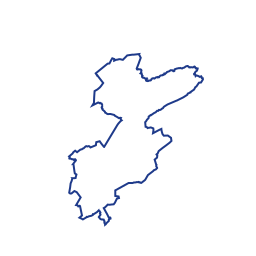 Svariņu pag., Dagdas, Latvia (Natural Earth projection), rotated 145°
{"feature_id": "27541924B20848799608576", "entity_name": "Svariņu pag.", "entity_type": "district", "adm_level": 2, "iso_a3": "LVA", "parent_name": "Latvia", "parent_adm1": "Dagdas", "projection": "natural_earth1", "projection_center": [27.7, 56.101], "detail": "fine", "context": "isolated", "style": "outline", "palette": "blue", "viewbox_px": 256, "rotation_deg": 145, "n_neighbors": 0, "source": "geoboundaries", "source_scale": "gbopen_adm2", "svg_char_len": 5610}
<svg xmlns="http://www.w3.org/2000/svg" viewBox="0 0 256 256"><g transform="rotate(145 128 128)"><path d="M202.0,61.9L201.5,61.9L200.3,62.4L197.0,62.9L196.3,63.9L195.1,64.0L194.3,63.8L194.0,64.3L193.9,64.8L194.0,65.0L195.1,65.5L195.0,66.4L194.6,68.8L194.4,70.5L194.3,71.7L193.8,76.3L192.2,76.2L189.8,76.6L188.6,76.9L187.9,76.3L186.6,75.4L185.4,74.8L183.5,73.7L181.6,74.3L177.6,76.5L175.6,75.8L175.0,77.3L177.4,79.6L174.2,84.2L159.0,82.6L157.2,81.3L157.0,81.2L156.3,80.6L155.5,80.2L154.7,80.1L152.7,78.9L152.1,78.8L151.0,78.0L150.4,77.8L150.4,77.5L150.0,77.4L149.3,76.6L149.3,76.4L149.4,76.2L148.6,75.4L144.4,75.6L143.6,75.7L138.7,78.0L131.9,78.3L131.2,78.6L128.9,78.1L127.1,78.5L126.9,78.9L126.9,80.3L126.6,80.8L125.8,81.5L125.9,82.0L125.7,82.5L124.3,86.8L121.2,87.1L119.8,88.6L119.8,90.0L119.0,90.1L118.5,90.0L116.1,91.5L111.3,91.8L107.0,91.9L102.2,92.1L99.8,92.5L98.4,95.3L99.7,99.0L103.1,101.2L103.2,103.0L103.1,103.6L102.3,105.9L101.6,107.4L101.2,108.1L103.4,108.5L110.5,109.4L108.3,111.7L107.5,113.2L109.0,115.4L110.0,115.8L111.3,116.5L112.0,116.7L112.0,117.1L112.1,118.0L112.9,118.9L110.6,122.9L109.6,123.1L109.0,123.3L107.7,123.9L105.5,124.3L104.9,124.9L104.7,125.3L104.5,125.5L102.3,125.6L102.1,125.6L102.0,125.3L97.9,125.3L96.4,125.0L94.3,125.4L93.3,124.7L92.3,125.1L91.4,124.4L91.1,124.3L90.6,124.3L90.0,124.2L89.1,124.4L88.8,124.3L88.0,124.2L87.1,124.6L86.2,124.8L82.1,124.6L72.6,122.6L72.0,122.4L70.4,122.2L65.2,121.4L60.4,121.2L59.3,121.9L56.5,121.3L56.4,121.6L51.8,121.6L49.5,122.8L48.1,122.8L43.9,124.4L42.1,123.4L38.8,124.8L38.6,125.1L38.2,125.9L38.9,126.5L38.8,127.6L38.4,127.8L38.4,128.3L38.5,128.3L39.3,128.7L39.7,128.8L39.8,128.8L39.8,129.0L40.1,129.2L40.8,130.6L41.8,131.8L42.0,131.9L42.8,131.8L42.3,133.0L42.7,133.6L43.1,133.9L43.1,134.0L42.9,134.4L41.9,134.4L41.7,134.8L40.6,135.3L40.1,135.4L38.7,135.4L37.6,136.1L36.8,136.8L37.7,137.7L38.2,137.8L38.3,138.4L38.2,138.5L38.3,138.6L38.1,139.7L38.6,140.1L38.6,140.3L39.7,140.3L40.1,140.4L40.4,140.6L40.9,141.2L41.7,141.7L42.5,142.0L42.9,142.4L42.7,142.6L42.9,142.8L43.1,142.9L43.2,143.5L43.4,143.7L43.4,144.1L43.4,144.3L43.5,144.5L43.9,144.8L45.4,145.3L47.0,145.2L47.3,145.2L48.5,145.7L49.5,145.7L49.9,146.2L50.2,146.4L50.5,146.9L50.7,147.2L51.3,147.3L52.0,147.9L52.6,148.1L53.9,148.7L56.1,149.3L56.8,148.9L57.0,148.4L57.2,148.2L57.8,148.2L58.3,148.5L58.4,148.8L58.3,149.1L58.7,150.0L59.2,150.3L60.0,150.9L60.3,150.9L61.3,150.8L62.4,151.0L62.9,151.2L63.9,151.5L64.2,151.4L64.8,151.2L65.7,151.2L67.1,150.9L67.7,151.1L67.8,151.2L67.7,151.5L68.4,151.2L68.6,151.2L68.8,151.3L69.1,151.6L69.5,151.4L70.9,152.2L71.4,152.3L72.6,152.2L73.3,151.8L73.7,152.2L74.6,152.2L74.9,152.6L74.8,152.9L76.1,153.4L77.9,153.3L78.5,154.1L78.8,154.1L79.2,154.5L79.8,154.7L80.4,154.5L81.0,154.5L81.5,154.1L82.2,154.0L83.4,154.7L84.6,154.9L85.3,155.4L85.6,155.7L86.0,156.5L85.8,156.9L84.8,157.2L84.3,157.2L84.4,157.6L84.2,157.8L85.4,158.6L85.9,159.1L85.9,159.4L86.0,159.9L86.9,160.6L87.2,161.3L87.2,161.6L87.1,162.0L86.6,162.4L86.2,162.4L86.1,162.5L86.3,162.9L86.3,163.2L85.9,163.9L85.8,164.5L86.4,165.5L85.9,165.6L85.6,165.3L85.4,165.3L85.3,166.2L83.9,167.5L83.8,168.2L84.1,168.8L84.4,168.9L84.6,169.3L85.6,169.9L85.8,170.4L86.0,170.5L86.7,170.5L86.9,170.6L87.0,171.0L86.9,171.3L86.8,171.7L82.0,174.9L81.5,175.3L77.3,178.2L76.9,180.7L76.9,182.0L76.5,182.2L81.1,184.7L82.6,185.7L87.0,187.9L93.1,186.8L93.6,187.3L95.0,188.9L96.1,189.6L97.1,189.9L98.7,190.7L100.7,191.1L99.7,192.4L100.9,194.1L102.3,193.5L106.2,191.5L107.8,192.4L123.1,191.3L123.2,188.6L122.9,188.6L122.9,187.4L122.5,179.1L125.9,177.9L127.7,177.4L131.0,177.1L131.7,177.2L134.2,177.4L137.9,172.8L141.5,168.1L144.2,166.9L137.8,166.0L137.6,165.8L137.6,165.6L137.4,165.4L137.3,165.1L137.1,164.8L136.6,164.6L136.7,164.3L136.1,164.0L136.0,163.4L135.6,163.1L135.6,162.9L135.8,162.3L135.9,161.7L136.0,161.0L135.8,160.9L136.1,160.9L137.7,160.1L137.7,159.4L137.7,158.8L138.1,158.8L138.3,157.6L138.3,157.3L138.0,156.6L137.8,155.5L137.6,154.8L137.6,154.5L137.9,153.7L137.4,152.9L137.1,151.8L136.6,151.0L136.2,150.7L135.6,150.4L134.3,149.5L131.8,146.6L131.7,146.3L131.8,145.7L130.6,143.3L129.8,141.3L128.6,140.9L128.3,140.7L128.0,140.3L128.8,139.9L129.0,138.6L128.8,137.9L130.1,137.9L131.9,137.5L133.2,137.2L134.7,136.7L158.4,126.2L158.5,126.3L158.8,130.6L158.8,133.4L162.1,134.6L164.2,132.3L169.9,133.6L170.1,135.1L170.6,135.7L172.0,136.2L172.6,137.1L173.4,137.2L176.1,136.8L176.9,137.1L177.9,137.0L179.4,137.6L183.6,137.4L184.3,139.7L186.8,139.5L188.0,138.9L192.5,138.5L192.3,137.8L192.8,137.2L193.4,137.0L193.5,136.5L192.7,136.0L192.1,135.0L191.9,134.6L191.1,134.1L190.9,133.8L190.9,133.3L190.7,132.9L190.3,132.8L189.8,133.0L189.2,132.7L189.1,131.8L189.2,131.6L189.3,131.7L190.6,131.0L193.5,130.0L193.3,129.9L196.7,123.3L197.6,121.3L196.9,119.5L198.8,117.9L199.6,117.1L200.5,117.5L202.4,118.8L202.4,118.7L203.7,117.7L204.3,117.1L206.8,115.5L209.4,112.6L213.3,108.7L213.1,107.8L212.8,107.4L212.2,107.0L211.8,106.8L208.1,107.1L207.5,106.1L206.8,104.8L206.6,98.3L214.7,94.6L213.7,93.7L213.7,92.3L212.2,92.0L212.1,91.5L215.9,82.7L219.2,82.4L217.9,80.1L217.4,79.0L213.6,78.7L212.8,78.9L212.4,78.4L211.4,78.2L210.7,78.1L208.6,77.2L206.8,76.9L206.1,77.5L205.7,77.1L201.6,76.9L199.3,77.3L199.4,77.0L199.0,76.3L199.1,76.2L199.0,75.1L199.1,74.5L200.0,74.1L200.2,72.8L200.5,72.6L201.7,72.3L202.1,72.0L202.9,71.9L203.0,71.8L202.8,71.1L203.0,70.4L202.8,69.8L202.8,69.2L202.6,68.9L201.9,68.0L201.1,67.6L200.5,66.9L200.7,66.7L200.7,65.7L200.8,65.4L200.7,65.2L201.0,64.5L201.4,64.4L201.7,63.9L201.9,62.9L201.8,62.6L201.6,62.5L201.7,62.4L201.5,62.2L201.9,62.0L202.0,61.9Z" fill="none" stroke="#1e3a8a" stroke-width="2"/></g></svg>